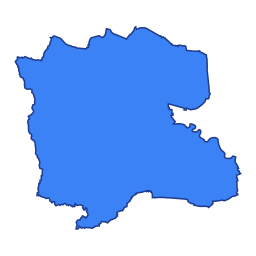 Sankhaburi, Chai Nat, Thailand
{"feature_id": "78962969B50930938834164", "entity_name": "Sankhaburi", "entity_type": "district", "adm_level": 2, "iso_a3": "THA", "parent_name": "Thailand", "parent_adm1": "Chai Nat", "projection": "orthographic", "projection_center": [100.153, 15.021], "detail": "fine", "context": "isolated", "style": "filled", "palette": "blue", "viewbox_px": 256, "rotation_deg": 0, "n_neighbors": 0, "source": "geoboundaries", "source_scale": "gbopen_adm2", "svg_char_len": 5715}
<svg xmlns="http://www.w3.org/2000/svg" viewBox="0 0 256 256"><path d="M237.9,194.6L237.7,194.1L236.9,193.7L236.6,193.0L237.0,191.4L237.5,191.0L237.6,190.6L237.0,187.1L236.9,183.8L236.6,181.4L237.8,180.8L237.0,177.8L236.6,177.8L236.7,175.3L240.6,173.6L239.6,172.7L239.2,171.1L238.0,170.7L237.6,168.2L238.3,168.2L237.7,167.4L238.1,167.0L235.1,161.9L235.6,156.9L233.1,156.1L232.6,156.3L231.1,158.2L227.8,158.5L226.4,158.4L224.9,157.6L224.5,156.7L224.9,153.9L224.5,153.8L224.4,153.1L223.9,152.2L220.9,149.7L219.1,145.7L218.3,142.7L218.0,139.6L217.6,138.8L216.5,138.0L215.3,137.6L212.9,137.6L210.6,138.3L209.8,138.8L208.2,140.9L207.3,141.6L206.1,141.9L205.1,141.6L204.6,141.1L203.9,139.5L200.7,137.7L199.5,136.6L199.6,135.0L200.6,133.0L200.8,131.9L200.7,131.0L200.3,130.2L199.4,129.7L198.9,129.8L196.8,132.0L193.6,131.8L193.1,131.6L192.2,130.8L192.1,130.3L192.4,129.7L193.3,129.1L194.9,128.5L195.5,127.8L195.6,126.7L195.0,125.5L194.5,125.1L191.6,123.9L190.0,124.1L189.9,126.6L189.6,127.2L186.9,127.9L186.3,126.8L185.4,126.1L184.7,125.1L182.7,124.2L180.2,123.8L173.5,123.9L175.2,121.6L171.9,117.5L170.9,115.8L171.5,115.2L172.9,115.3L173.0,113.4L171.9,113.3L171.9,109.6L169.3,109.5L169.4,107.6L168.3,107.6L168.4,103.8L184.1,108.1L184.1,110.0L186.2,110.0L186.2,108.1L190.7,109.7L195.2,109.0L197.4,108.1L198.6,107.2L201.6,105.0L204.9,101.8L206.0,98.7L208.1,98.9L209.0,98.0L209.0,96.1L210.2,93.7L209.1,92.0L209.1,88.7L207.1,69.9L207.2,66.1L207.0,59.2L206.5,57.1L206.4,55.2L206.1,54.9L202.6,53.0L200.0,51.9L199.3,51.4L199.5,50.9L195.0,51.3L186.6,50.4L186.2,49.2L185.8,46.3L185.3,45.9L182.7,45.9L181.0,45.4L178.6,45.2L178.1,46.1L178.4,46.9L177.2,45.7L173.0,45.4L171.9,44.2L171.8,44.4L170.7,43.3L170.5,43.5L167.4,40.2L167.2,40.3L165.1,38.2L164.9,38.4L163.2,36.9L162.1,37.8L160.8,35.9L160.1,36.2L145.9,28.1L144.2,27.8L140.2,27.8L136.7,29.3L135.7,27.5L135.7,26.9L134.8,27.5L133.9,30.5L130.2,35.0L129.8,34.7L126.3,39.2L125.0,38.3L113.1,33.5L111.7,32.4L110.2,29.8L108.8,29.2L106.4,28.8L105.6,33.3L105.2,34.7L104.2,36.2L102.7,37.5L100.4,36.6L99.1,35.7L91.7,37.7L90.7,38.3L90.1,39.2L89.0,42.4L88.9,43.6L89.2,44.7L88.1,44.9L88.4,47.3L86.9,47.3L86.7,48.5L86.0,48.8L76.4,48.0L76.2,47.4L72.3,46.6L71.0,46.1L70.9,45.9L68.0,45.1L65.5,43.8L61.4,39.2L60.3,38.3L54.1,35.9L52.8,36.6L52.8,37.6L50.4,37.6L51.1,38.6L51.4,40.3L50.4,41.4L49.7,44.7L48.8,45.9L48.1,46.2L47.6,47.3L47.6,48.0L47.9,48.5L47.2,48.8L46.4,49.9L45.7,50.3L45.1,51.1L44.7,52.4L44.1,52.8L43.4,56.9L42.6,57.2L42.2,57.8L42.2,58.8L41.4,59.5L41.6,60.5L40.7,60.5L37.9,59.8L36.0,60.3L35.4,59.9L34.9,60.0L32.4,59.4L31.2,58.1L30.6,58.2L29.8,58.8L25.1,56.6L23.6,57.6L22.4,57.9L22.0,57.2L20.0,57.8L17.9,56.9L17.3,57.2L17.4,59.3L16.7,60.3L15.4,61.2L15.5,62.1L16.4,63.5L16.9,64.6L17.8,65.4L17.8,67.1L18.8,67.9L18.7,69.5L18.9,71.1L19.4,71.9L19.6,73.4L19.4,74.4L20.1,75.1L20.1,76.3L21.1,77.3L22.2,77.6L23.0,78.1L23.4,78.9L23.4,79.5L23.7,80.1L24.1,80.2L24.5,81.0L24.6,82.0L24.4,82.7L24.7,83.4L24.4,84.7L25.0,88.0L25.3,88.1L26.9,89.2L29.7,89.0L31.8,89.5L32.0,89.9L31.8,92.4L33.6,94.2L33.8,95.9L34.5,98.0L35.1,99.0L34.6,101.1L34.8,103.7L34.5,104.2L32.8,105.0L32.0,107.8L32.0,108.3L33.6,110.9L33.4,112.4L30.9,114.9L28.3,116.3L29.4,118.9L28.4,119.7L27.8,121.4L27.8,122.4L28.4,124.8L28.6,130.8L29.6,133.3L31.0,134.0L31.5,134.7L31.5,135.3L31.8,136.2L31.2,137.0L31.2,138.3L31.8,139.3L34.2,141.0L35.1,142.7L35.3,145.7L35.9,149.5L35.6,153.5L35.8,154.0L37.4,155.8L37.5,156.5L37.2,157.2L38.5,158.4L38.9,160.0L39.7,161.3L39.8,163.4L39.3,164.5L39.4,166.4L39.8,167.9L40.0,168.4L42.4,169.1L42.2,175.7L41.3,175.7L41.2,180.3L40.0,180.3L39.9,183.1L38.9,183.2L38.9,185.5L38.2,187.3L38.1,189.3L38.6,192.7L37.3,192.8L37.0,195.5L38.7,195.0L38.8,195.8L40.3,195.6L40.9,196.5L45.2,197.8L46.1,198.5L48.7,198.0L49.7,199.1L49.9,200.9L51.3,201.8L51.8,202.7L52.2,202.7L53.1,201.8L54.3,201.6L54.6,203.1L54.9,203.4L54.8,204.4L56.0,205.8L58.3,204.5L59.0,204.6L59.8,205.4L61.5,204.3L62.9,204.8L65.0,203.3L65.9,203.9L66.6,205.1L67.7,204.9L68.6,205.5L69.1,204.9L69.6,204.7L70.8,205.4L71.2,206.1L72.1,205.9L72.2,206.5L72.6,206.8L73.4,206.4L74.5,206.6L74.8,206.5L74.5,205.2L75.1,204.6L75.0,203.9L75.5,203.6L76.4,205.2L76.7,205.4L77.7,205.4L79.9,204.8L82.8,205.7L83.2,206.6L82.6,207.6L83.6,209.6L84.0,210.0L85.1,209.7L85.5,208.1L85.9,207.9L86.4,208.0L87.2,209.6L86.6,210.6L86.5,211.5L87.7,213.3L88.0,214.5L87.4,216.3L85.8,217.9L85.0,217.0L83.6,216.6L82.9,215.9L82.4,215.9L81.7,217.3L80.5,218.4L79.9,220.1L79.2,220.2L78.0,220.0L77.4,220.4L76.3,222.1L76.4,222.9L77.1,224.7L77.0,225.6L76.3,227.2L76.2,229.1L78.6,228.6L79.2,226.3L80.2,226.8L81.5,228.2L83.9,227.4L84.3,227.8L84.3,227.6L89.0,227.7L92.0,228.1L92.2,228.3L92.9,227.9L93.1,227.5L93.5,227.5L94.5,227.1L94.8,226.4L97.9,225.9L99.2,226.0L99.1,224.3L99.8,224.1L100.0,223.9L99.8,223.7L100.8,223.3L101.5,221.5L105.2,222.0L105.6,221.6L107.5,222.9L110.6,219.9L110.8,219.8L110.9,220.0L115.4,218.1L117.4,216.0L116.8,215.3L117.6,214.5L116.8,212.4L120.6,210.6L120.8,210.9L122.2,210.4L122.7,210.7L124.4,207.4L126.8,206.6L127.1,205.3L126.9,203.8L127.7,203.2L128.1,202.3L130.0,201.1L130.5,199.7L132.0,197.6L131.5,197.1L134.4,195.1L135.8,194.4L135.7,194.1L136.4,193.8L136.4,193.0L137.4,193.0L142.7,192.0L146.6,190.8L146.7,191.5L148.0,190.8L148.5,191.7L149.3,191.2L149.6,190.7L150.9,192.1L151.4,191.8L152.3,194.3L152.4,197.7L154.0,197.3L154.3,197.8L158.1,197.4L164.9,197.5L166.4,197.8L169.4,197.8L186.4,199.2L187.5,199.7L187.6,200.4L187.9,200.7L188.1,201.6L188.6,201.7L189.2,202.5L189.8,202.7L191.0,203.4L193.9,204.0L194.1,204.5L194.0,205.2L200.2,206.4L206.2,206.3L207.6,206.6L208.6,207.5L212.8,203.8L213.0,203.1L212.7,201.3L216.4,201.1L217.2,200.7L219.4,200.8L221.2,200.1L224.7,200.7L229.2,198.7L232.3,196.4L235.3,195.9L237.9,194.6Z" fill="#3b82f6" stroke="#1e3a8a" stroke-width="1.5"/></svg>